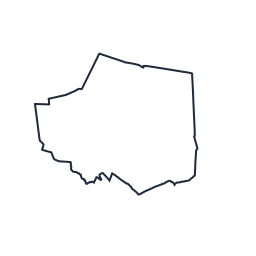 the district of Sabareni, Giurgiu, Romania, rotated 326°
{"feature_id": "2599482B37773759614218", "entity_name": "Sabareni", "entity_type": "district", "adm_level": 2, "iso_a3": "ROU", "parent_name": "Romania", "parent_adm1": "Giurgiu", "projection": "natural_earth1", "projection_center": [25.872, 44.513], "detail": "fine", "context": "isolated", "style": "outline", "palette": "slate", "viewbox_px": 256, "rotation_deg": 326, "n_neighbors": 0, "source": "geoboundaries", "source_scale": "gbopen_adm2", "svg_char_len": 5495}
<svg xmlns="http://www.w3.org/2000/svg" viewBox="0 0 256 256"><g transform="rotate(326 128 128)"><path d="M156.8,204.8L157.6,203.7L161.2,198.9L163.2,196.1L165.5,193.1L166.1,192.3L172.0,184.6L172.4,184.5L174.1,183.8L178.1,171.9L179.0,171.8L181.6,167.8L183.7,164.4L188.4,156.7L192.1,150.6L196.2,143.9L198.5,140.2L202.5,133.7L211.5,118.8L211.4,118.7L211.3,118.2L208.3,115.1L207.6,114.4L206.7,113.7L205.5,112.5L204.6,111.8L203.1,110.3L201.7,109.0L198.1,105.6L194.3,102.0L185.4,93.7L179.8,88.5L176.9,86.0L176.4,85.8L175.6,86.0L175.4,85.8L175.3,85.5L174.4,86.3L174.0,86.0L173.5,84.7L173.2,84.3L172.7,82.8L172.3,82.1L171.5,81.0L171.0,80.7L170.8,80.4L169.5,78.9L169.0,78.5L168.8,78.2L168.5,77.7L168.1,77.5L167.5,76.8L167.2,76.6L164.7,74.1L162.4,72.1L162.2,71.9L161.9,71.2L160.8,69.8L159.0,67.4L156.7,64.4L154.7,61.9L152.0,58.3L145.9,50.4L145.6,50.4L141.2,52.9L140.4,53.4L135.9,55.9L134.1,57.0L132.0,58.2L117.0,66.7L112.7,69.2L111.6,69.8L111.3,69.9L111.1,69.7L110.8,69.4L110.3,69.0L109.7,68.4L109.3,68.2L108.7,68.0L108.3,68.0L108.1,67.8L107.5,67.8L106.5,67.8L105.8,67.7L105.1,67.7L104.4,67.5L104.2,67.6L101.5,67.0L101.3,67.0L100.8,66.9L99.6,66.7L99.3,66.6L99.2,66.7L98.6,66.5L96.2,66.1L95.7,65.9L94.9,65.8L78.6,59.4L76.0,64.2L75.7,64.3L69.4,59.7L68.4,59.0L64.6,56.2L64.3,56.1L51.8,81.0L51.4,81.7L51.4,81.8L49.3,86.0L48.8,87.0L48.7,87.1L48.7,87.3L48.1,88.5L48.0,89.3L47.9,89.4L48.8,93.8L48.7,94.2L48.7,94.5L48.3,94.9L48.0,95.2L47.2,96.0L46.1,96.7L45.0,97.7L44.9,97.8L44.7,97.9L44.8,98.3L46.3,100.1L48.2,102.3L49.0,103.3L50.8,105.3L50.5,106.7L50.2,108.2L49.9,109.3L49.6,111.0L49.4,111.7L49.4,112.1L49.4,112.5L49.5,112.9L49.7,113.1L50.0,113.6L50.5,114.4L51.5,116.1L51.8,116.6L52.1,116.9L52.6,117.3L53.4,117.9L54.9,119.1L56.7,120.5L61.2,124.0L61.3,124.3L61.2,124.8L60.9,125.1L60.7,125.5L60.6,125.9L60.2,126.4L59.6,127.0L59.4,127.4L59.4,127.8L59.3,128.4L59.2,128.5L59.0,128.8L58.5,129.3L58.2,129.7L57.9,129.9L57.7,130.1L57.7,130.7L57.7,131.0L57.8,131.5L57.9,132.2L57.9,132.7L58.0,133.2L58.1,133.4L58.5,133.8L58.6,134.0L58.8,134.3L58.9,134.5L59.2,134.7L59.4,134.8L59.9,135.0L60.5,135.4L60.7,135.9L60.8,136.2L60.9,136.4L60.9,136.9L61.0,137.2L61.1,137.5L61.3,137.7L61.6,137.9L61.9,138.0L62.0,138.2L62.2,138.4L62.1,139.0L62.1,139.3L62.2,139.5L62.3,139.8L62.7,140.2L62.8,140.3L62.7,140.5L62.5,140.8L62.1,141.7L62.0,142.0L61.9,142.3L61.9,142.6L61.8,142.9L61.6,143.5L61.6,143.8L61.6,144.1L61.8,144.6L62.2,145.0L62.6,145.4L63.0,145.9L63.0,146.2L63.0,146.4L62.8,146.5L62.6,146.8L62.5,147.0L62.6,147.3L62.8,147.6L62.9,148.0L63.0,148.1L62.9,148.3L62.7,148.7L62.6,149.0L62.6,149.4L62.4,150.0L62.3,150.3L62.2,150.5L62.3,150.9L62.4,151.1L62.6,151.2L62.8,151.3L63.3,151.4L63.5,151.4L63.9,151.3L64.2,151.2L64.5,151.3L64.8,151.4L65.6,151.4L66.0,151.5L66.3,151.6L66.7,152.1L66.8,152.2L67.0,152.3L67.3,152.3L67.6,152.2L67.8,152.3L68.1,152.3L68.6,152.6L68.8,152.8L68.9,153.1L69.0,153.4L69.2,154.2L74.3,151.2L74.6,151.6L74.8,151.8L75.1,152.2L75.3,152.5L75.5,153.3L75.7,154.1L75.8,154.5L75.9,155.0L76.0,155.2L76.3,155.7L76.4,155.8L76.6,155.9L76.8,155.9L77.0,155.7L77.2,155.2L77.2,154.5L77.2,153.9L77.4,152.9L77.6,151.8L77.8,151.5L77.9,151.3L78.3,150.9L78.6,150.8L79.6,150.7L79.9,150.7L80.2,150.7L80.7,150.8L81.2,151.1L81.9,151.3L82.1,152.2L82.2,153.0L82.5,155.0L82.6,155.5L82.7,156.1L82.8,156.7L82.9,157.5L83.2,159.4L83.2,159.7L83.3,161.2L89.5,156.8L90.0,158.0L90.3,158.5L90.5,158.9L90.8,159.5L91.0,160.1L91.2,160.6L91.4,161.6L91.5,162.0L92.1,163.1L92.4,163.8L92.4,164.2L92.4,164.5L92.4,164.8L92.5,165.2L92.7,165.4L93.0,166.1L93.2,166.8L93.5,167.6L93.7,168.2L93.9,168.5L94.2,169.5L94.3,169.7L94.4,169.9L94.7,170.3L94.7,170.5L94.8,170.9L94.9,171.2L95.1,171.5L95.2,171.9L95.4,172.3L95.5,172.4L95.6,172.9L95.6,173.1L95.9,173.3L96.4,173.8L96.5,173.9L96.7,174.3L96.8,174.5L96.8,174.9L97.0,175.5L97.1,176.0L97.1,176.4L97.2,176.6L97.2,176.8L97.3,177.1L97.5,177.9L97.6,178.1L97.6,178.3L97.6,178.7L97.4,179.5L97.5,180.3L97.5,180.6L97.5,180.9L98.0,182.2L98.3,183.0L98.4,183.7L98.8,184.8L98.9,185.2L99.0,185.8L99.2,186.5L99.4,188.8L99.5,189.0L100.0,189.3L100.8,189.5L101.5,189.6L102.4,189.7L103.4,189.7L104.1,189.8L105.1,189.9L105.3,189.9L105.6,189.9L106.0,190.0L106.7,190.0L106.9,190.0L107.9,190.2L108.4,190.3L108.7,190.4L109.2,190.5L110.0,190.6L111.1,190.9L112.8,191.1L113.8,191.3L114.6,191.4L115.2,191.5L115.8,191.5L116.2,191.6L116.6,191.7L117.1,191.8L117.6,191.9L118.5,192.0L119.4,192.3L120.0,192.4L120.2,192.5L120.8,192.7L121.4,192.9L122.4,193.0L122.7,193.1L123.0,193.2L123.5,193.3L124.2,193.4L124.9,193.6L125.2,193.7L125.4,193.7L125.7,193.7L126.2,193.9L126.4,194.0L126.9,194.2L127.2,194.2L127.5,194.3L127.8,194.3L128.1,194.3L128.7,194.2L129.0,194.1L129.5,194.1L129.8,194.2L130.8,194.5L131.1,194.5L131.9,194.6L132.2,194.6L132.5,194.8L132.9,195.1L133.2,195.3L133.3,195.4L133.7,195.9L133.9,196.3L133.9,196.5L134.0,196.7L134.0,196.9L133.9,197.1L134.0,197.2L134.1,197.5L134.4,197.8L134.6,198.0L134.8,198.4L135.0,198.5L134.8,201.1L135.2,200.9L135.6,200.7L136.1,200.6L136.6,200.6L137.0,200.6L137.7,200.5L138.0,200.5L138.3,200.7L138.6,200.9L139.1,201.3L139.6,201.5L139.8,201.7L140.4,201.9L141.3,202.2L141.6,202.3L141.8,202.4L142.1,202.5L142.4,202.5L142.9,202.7L143.2,202.8L143.4,203.0L143.6,203.2L143.8,203.3L144.3,203.6L144.9,203.8L145.4,203.9L145.6,204.0L145.8,204.1L146.4,204.4L146.9,204.7L147.7,204.9L147.9,205.0L148.1,205.1L148.5,205.3L149.2,205.6L149.4,205.6L149.6,205.6L149.8,205.6L151.3,205.3L151.9,205.2L152.6,205.2L153.3,205.2L155.9,204.7L156.3,204.7L156.5,204.7L156.8,204.8Z" fill="none" stroke="#1e293b" stroke-width="2"/></g></svg>